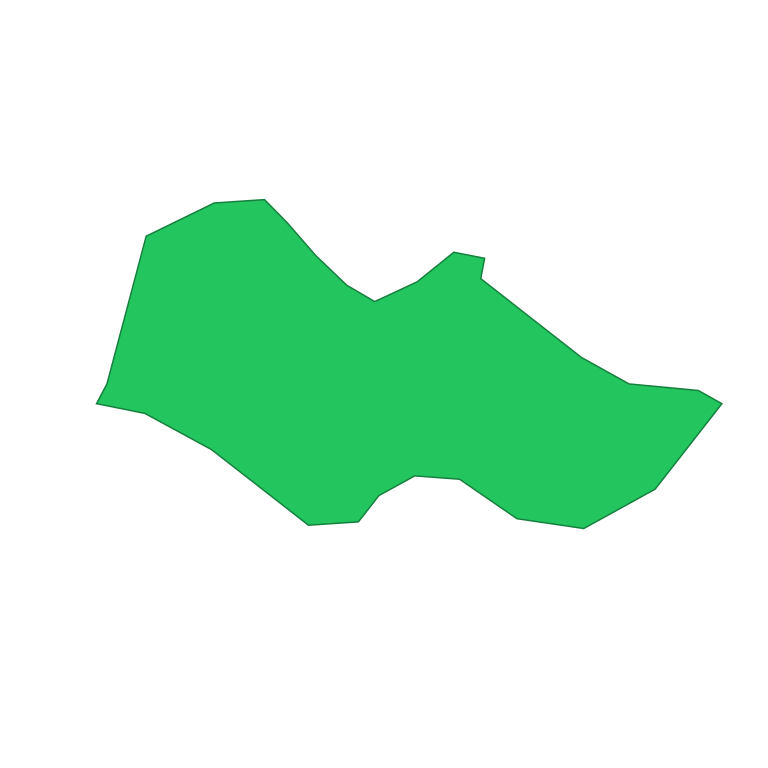 an SVG outline of Torfaen, rotated 128°
{"feature_id": "GBR-2134", "entity_name": "Torfaen", "entity_type": "Unitary Authority (wales)", "adm_level": 1, "iso_a3": "GBR", "parent_name": "United Kingdom", "parent_adm1": "", "projection": "natural_earth1", "projection_center": [-3.053, 51.7], "detail": "fine", "context": "isolated", "style": "filled", "palette": "green", "viewbox_px": 768, "rotation_deg": 128, "n_neighbors": 0, "source": "natural_earth", "source_scale": "10m", "svg_char_len": 543}
<svg xmlns="http://www.w3.org/2000/svg" viewBox="0 0 768 768"><g transform="rotate(128 384 384)"><path d="M413.9,662.4L345.8,629.2L312.3,591.7L316.5,559.7L324.8,517.0L329.1,474.1L324.8,442.1L283.1,420.8L237.2,410.1L223.0,382.1L241.4,372.6L241.5,308.5L241.5,244.5L233.1,191.0L195.6,132.3L191.5,105.6L245.6,105.6L299.9,105.6L374.9,137.6L408.3,196.3L412.5,265.8L437.5,303.2L475.0,319.3L508.4,319.3L541.8,356.6L541.8,399.4L541.9,479.5L554.4,554.3L576.5,598.4L554.4,602.4L413.9,662.4Z" fill="#22c55e" stroke="#15803d" stroke-width="1.5"/></g></svg>